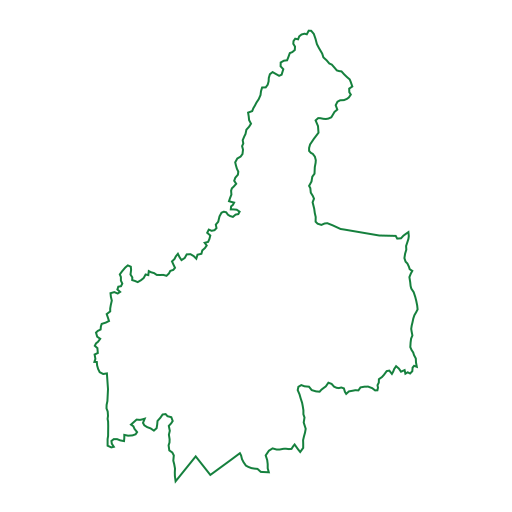 Santa Cruz do Rio Pardo, São Paulo, Brazil
{"feature_id": "56859067B25162931464836", "entity_name": "Santa Cruz do Rio Pardo", "entity_type": "district", "adm_level": 2, "iso_a3": "BRA", "parent_name": "Brazil", "parent_adm1": "São Paulo", "projection": "robinson", "projection_center": [-49.573, -22.761], "detail": "fine", "context": "isolated", "style": "outline", "palette": "green", "viewbox_px": 512, "rotation_deg": 0, "n_neighbors": 0, "source": "geoboundaries", "source_scale": "gbopen_adm2", "svg_char_len": 5492}
<svg xmlns="http://www.w3.org/2000/svg" viewBox="0 0 512 512"><path d="M412.3,270.9L409.7,269.2L408.9,266.7L407.4,263.5L405.6,261.7L404.4,258.1L405.1,253.7L406.3,249.7L406.1,246.0L407.3,242.4L408.4,239.0L408.8,236.1L408.4,232.1L405.7,234.0L403.4,235.7L401.0,238.3L397.2,238.6L395.7,235.9L379.2,235.5L344.0,229.5L340.6,229.0L332.6,225.3L327.3,223.2L324.6,223.5L321.4,224.9L317.6,223.7L315.6,221.7L315.7,217.0L314.8,213.1L314.2,208.7L312.6,202.3L314.0,198.7L312.8,195.9L310.8,192.7L310.3,188.1L309.1,185.9L311.5,181.5L312.3,176.7L314.5,173.7L314.8,167.1L315.6,162.9L315.8,160.2L314.9,156.7L312.8,153.9L310.8,152.8L309.1,150.9L309.1,147.9L310.1,144.4L313.8,138.9L318.5,132.7L318.0,126.1L315.6,120.4L318.2,118.1L320.4,118.2L323.3,118.8L325.8,119.0L328.3,118.6L331.3,117.3L332.7,115.0L334.5,111.9L337.3,109.6L335.7,105.2L337.5,101.7L340.1,100.3L344.0,100.1L346.9,98.9L348.8,97.5L350.8,94.6L349.3,92.2L349.2,88.6L352.3,86.5L350.7,81.8L349.7,79.4L346.9,77.0L344.1,74.3L341.5,71.4L339.1,71.1L336.8,70.4L334.7,67.9L331.8,64.6L329.3,63.5L326.6,60.3L323.4,57.4L322.2,53.6L318.8,47.8L316.9,44.1L315.5,38.8L313.8,33.9L311.2,30.8L308.7,30.7L306.8,34.3L304.6,33.7L301.5,34.5L299.2,36.4L298.1,39.3L295.2,38.7L293.5,41.1L293.3,43.8L295.0,46.6L294.8,50.0L292.3,52.1L289.8,53.1L288.4,57.0L287.1,60.3L283.9,60.7L280.7,62.5L280.6,66.3L283.3,69.2L281.6,74.7L279.1,75.8L275.9,74.0L272.6,72.1L269.9,74.2L268.8,77.9L268.6,81.4L267.7,84.7L265.7,87.4L262.1,87.5L261.0,91.2L260.5,95.1L258.7,99.2L256.5,102.5L254.9,105.6L253.3,108.3L252.2,111.1L248.1,112.6L248.7,116.3L249.1,120.1L251.0,123.7L249.1,126.7L246.4,129.7L245.5,134.0L244.3,136.4L242.7,140.2L243.3,143.5L242.1,146.1L243.0,149.7L242.5,154.0L240.6,156.6L237.3,158.5L235.2,162.3L235.9,165.3L236.9,168.7L238.3,171.7L237.9,174.7L235.3,177.7L234.2,180.8L236.2,183.8L233.7,186.6L231.9,188.3L231.1,190.7L231.4,194.6L230.0,198.2L229.0,201.2L231.3,201.9L234.1,202.6L232.9,204.9L231.1,206.4L230.8,209.4L233.2,209.4L236.7,209.7L239.6,211.7L238.3,214.1L235.6,214.6L232.9,216.9L230.0,216.0L227.9,214.7L226.2,212.3L223.8,211.7L221.5,212.7L219.5,216.4L218.2,221.8L215.8,224.6L216.5,228.1L214.5,230.2L211.6,230.8L208.8,229.6L207.2,232.8L210.3,235.5L209.4,239.0L208.1,241.9L204.7,242.8L206.7,245.5L204.9,248.1L202.3,250.4L201.4,253.8L197.5,254.7L196.3,258.7L193.7,256.1L190.5,254.2L186.7,254.4L184.7,258.0L181.5,260.1L179.6,257.3L177.9,253.8L175.8,256.4L174.5,259.0L172.0,261.4L173.4,264.5L175.0,267.8L173.3,269.9L170.3,270.9L168.9,273.5L166.5,275.8L163.3,274.9L159.7,275.0L156.7,274.9L154.1,273.1L150.9,272.2L148.8,271.1L148.3,275.1L145.6,274.5L143.7,278.0L141.0,280.2L137.7,282.1L134.8,280.9L132.2,280.1L132.3,277.4L130.5,274.5L131.1,269.9L130.8,266.7L127.8,265.4L125.3,267.5L122.0,271.4L119.8,274.4L120.9,277.0L120.9,280.6L122.3,283.6L121.0,286.2L118.3,286.7L117.4,289.5L120.1,291.9L117.7,293.5L114.3,292.1L110.5,293.2L110.9,296.8L111.8,300.6L110.8,305.0L110.2,308.5L110.2,311.4L106.7,314.1L108.0,317.9L109.0,321.0L105.8,322.6L101.7,323.9L100.9,326.4L100.6,329.5L97.8,330.9L96.0,332.6L97.2,336.7L100.2,338.8L98.0,341.8L96.0,343.4L94.8,345.8L97.4,348.1L97.8,353.0L94.6,354.5L95.4,358.9L94.4,361.9L96.8,362.0L97.1,365.4L98.1,368.9L99.7,372.2L103.2,374.0L106.9,373.4L108.0,389.2L107.4,401.1L106.6,404.9L106.5,408.4L107.7,411.5L108.0,415.9L107.6,418.9L108.1,421.6L108.2,426.0L108.1,436.0L107.6,439.0L107.6,442.2L107.6,445.7L111.3,447.4L113.8,446.8L111.8,443.7L111.4,441.0L113.8,439.1L117.0,439.1L120.3,440.4L124.0,441.1L124.3,438.1L124.3,434.9L128.1,435.7L132.5,435.4L135.6,434.3L137.1,432.1L134.5,428.9L133.4,426.3L131.0,424.6L136.6,419.6L140.0,419.9L142.3,419.4L144.7,418.7L143.0,422.9L144.3,425.3L147.1,427.1L150.6,428.4L153.9,430.6L156.6,428.2L157.2,424.5L157.5,421.0L160.4,417.7L162.6,414.5L165.6,414.1L167.5,416.2L171.3,417.2L172.7,421.0L171.2,423.3L168.8,425.9L169.8,430.8L168.9,434.7L169.6,439.3L169.5,442.5L168.6,445.3L169.3,450.4L172.3,452.5L173.8,455.4L173.3,460.7L174.2,464.2L175.0,468.6L174.8,472.4L174.9,476.1L175.6,481.3L195.7,456.4L210.3,474.9L212.3,473.5L231.3,459.6L239.9,453.2L241.1,455.5L242.0,459.2L243.6,462.3L245.9,465.6L248.3,466.9L251.4,468.1L254.4,468.6L257.5,468.9L260.8,471.9L268.8,472.3L267.7,468.3L267.7,464.2L267.2,460.1L265.7,455.4L268.9,450.7L272.6,448.4L276.5,449.5L279.8,449.5L283.4,448.8L285.7,448.7L288.8,449.1L291.5,448.9L293.0,446.5L294.6,444.5L298.1,449.4L300.2,452.0L303.2,447.9L303.2,443.7L303.1,440.1L304.0,436.3L305.0,432.7L305.7,428.8L303.7,422.5L304.5,417.5L303.4,414.3L303.4,410.2L302.7,405.9L302.1,402.8L300.7,398.5L299.5,394.3L297.7,390.1L298.4,386.8L301.3,385.1L304.5,386.3L309.0,386.7L311.7,390.1L316.1,391.4L319.6,391.7L321.4,389.7L323.6,388.0L325.8,386.4L328.4,382.7L331.6,383.9L334.1,386.7L336.6,387.8L338.8,388.1L341.3,387.5L343.9,388.4L344.9,391.8L346.2,393.9L348.9,391.4L352.8,390.7L355.3,390.2L358.4,390.4L360.5,387.4L364.4,386.7L368.1,386.6L372.3,388.2L375.1,390.4L377.4,390.3L378.0,387.7L377.5,385.2L378.8,382.6L378.9,379.2L382.0,377.0L383.9,374.9L386.7,371.1L389.3,370.6L391.9,373.9L393.2,371.6L394.2,369.0L396.1,366.2L398.9,368.6L401.0,371.7L404.6,370.1L405.4,373.7L407.7,372.3L410.1,373.5L412.3,371.2L412.6,367.6L414.1,365.8L416.8,366.8L416.0,362.5L415.8,358.5L414.0,355.1L413.2,352.5L411.5,349.9L410.3,347.1L410.6,342.4L411.1,338.6L412.4,335.5L411.7,331.9L411.2,328.9L411.7,325.6L412.5,322.3L413.3,318.5L414.4,315.2L416.1,312.3L417.6,309.4L417.2,305.6L416.3,301.1L415.3,297.1L413.7,292.2L411.3,288.6L410.6,286.0L410.2,282.2L409.4,277.1L410.9,273.4L412.3,270.9Z" fill="none" stroke="#15803d" stroke-width="2"/></svg>